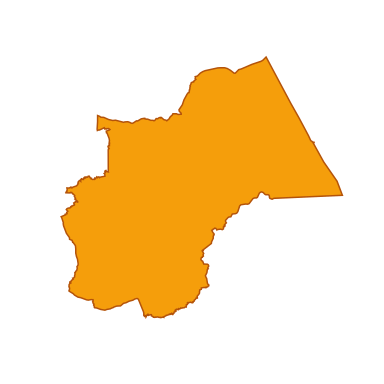 Khuan Khanun, Phatthalung, Thailand (Albers equal-area conic projection), rotated 345°
{"feature_id": "78962969B61181446150659", "entity_name": "Khuan Khanun", "entity_type": "district", "adm_level": 2, "iso_a3": "THA", "parent_name": "Thailand", "parent_adm1": "Phatthalung", "projection": "albers", "projection_center": [100.01, 7.757], "detail": "fine", "context": "isolated", "style": "filled", "palette": "amber", "viewbox_px": 384, "rotation_deg": 345, "n_neighbors": 0, "source": "geoboundaries", "source_scale": "gbopen_adm2", "svg_char_len": 5957}
<svg xmlns="http://www.w3.org/2000/svg" viewBox="0 0 384 384"><g transform="rotate(345 192 192)"><path d="M120.6,93.7L118.9,99.9L116.6,106.8L116.5,108.1L117.4,107.9L118.8,108.2L123.9,107.2L124.1,108.6L125.2,108.5L125.4,109.0L126.2,108.8L127.9,109.1L128.9,110.4L128.1,110.8L124.9,111.0L124.7,112.7L125.2,113.0L125.8,118.9L125.6,120.9L124.9,122.6L125.1,123.3L124.6,123.4L124.4,123.9L124.6,124.4L124.2,124.8L124.4,125.2L124.2,125.9L123.4,125.7L122.7,126.1L122.7,127.7L123.2,128.3L122.5,128.8L122.3,129.4L122.0,129.5L116.5,150.3L116.1,150.4L116.2,150.9L114.2,149.9L114.5,149.0L113.9,148.9L113.2,149.4L113.3,150.7L111.9,151.4L112.4,152.1L112.0,154.2L107.4,153.9L106.3,154.2L106.0,153.3L104.8,153.2L104.4,153.6L103.9,152.7L102.8,153.7L102.4,153.8L101.7,153.4L101.6,153.8L101.9,154.3L101.1,154.6L100.8,154.2L99.5,154.3L97.9,153.1L98.3,152.6L97.3,151.9L96.9,150.2L95.8,149.9L95.0,150.7L93.8,150.1L93.4,150.5L92.6,149.8L91.6,150.1L92.0,150.9L90.6,151.0L90.4,151.8L89.0,151.3L88.9,150.6L88.6,150.6L88.4,151.0L87.8,151.2L87.3,152.8L86.9,152.0L86.3,151.7L84.6,152.9L84.6,153.9L84.1,153.9L83.7,155.1L82.0,156.2L78.0,156.5L77.1,157.0L76.3,156.6L76.3,155.9L74.4,156.4L72.2,155.7L72.0,157.8L70.8,159.1L71.8,159.0L70.6,159.7L70.2,160.2L73.5,161.2L74.6,161.0L74.7,161.4L75.7,161.3L76.2,162.9L76.6,162.9L77.8,165.1L77.2,165.8L77.9,167.9L77.0,168.5L78.5,170.5L79.1,172.0L78.7,172.1L78.5,171.7L76.8,171.0L76.5,171.7L74.9,172.0L75.2,173.9L74.6,174.0L74.5,174.3L73.7,174.2L73.1,174.5L72.2,174.4L72.0,174.9L71.2,175.2L71.0,174.9L70.0,175.8L68.2,175.5L66.8,175.8L66.0,176.5L67.1,178.4L65.6,179.4L65.7,180.6L63.8,180.7L63.9,181.3L59.2,182.0L59.5,183.1L59.8,188.5L59.4,189.2L59.2,191.4L60.0,199.4L61.8,204.3L61.5,206.0L63.7,207.7L63.7,209.6L64.0,209.6L65.5,213.7L65.0,216.8L63.9,220.9L63.7,224.4L64.0,227.1L63.5,231.6L63.0,233.1L61.5,234.4L61.5,235.8L60.3,238.0L59.1,238.5L58.6,239.4L58.0,239.5L57.7,241.2L56.8,242.7L56.7,243.6L55.2,244.5L54.5,244.4L54.7,245.4L52.5,246.3L51.8,247.4L50.8,247.2L50.6,247.4L50.6,247.8L51.2,248.0L51.3,248.6L50.3,248.7L49.3,249.7L48.6,251.8L48.9,252.2L48.7,253.9L47.6,255.6L47.7,256.1L48.1,256.2L48.3,256.7L50.9,259.4L51.8,261.1L54.6,264.0L57.2,265.3L62.3,268.9L63.9,269.6L66.6,269.8L68.5,270.4L68.3,271.5L67.8,271.9L68.0,272.2L67.6,273.4L68.3,275.0L67.7,275.7L68.0,277.0L67.8,278.3L68.0,278.6L69.8,279.3L73.4,281.8L77.3,283.6L79.4,283.4L82.9,283.7L83.9,283.4L86.2,283.2L86.9,282.9L89.7,282.7L93.5,283.5L97.1,281.8L99.6,281.9L103.0,281.2L106.9,281.2L109.0,280.6L111.1,280.6L111.9,280.9L112.5,282.0L114.1,294.9L114.1,296.4L113.5,298.7L113.9,299.7L114.6,299.1L115.4,299.6L115.1,300.1L115.1,300.9L116.4,299.5L117.1,299.6L117.0,298.9L117.3,298.7L117.7,299.3L118.1,299.1L118.2,299.9L119.9,299.7L121.0,300.0L120.7,301.1L122.1,302.2L122.2,302.9L123.7,303.5L124.1,303.3L124.7,303.6L126.5,303.8L127.9,304.7L129.1,304.9L129.3,305.3L131.5,305.3L132.3,305.8L132.4,305.2L134.8,304.8L135.2,304.4L135.6,304.6L138.1,304.5L138.2,304.2L139.2,304.1L139.3,304.6L140.4,304.6L140.5,304.1L141.0,303.9L141.4,305.3L141.8,305.4L142.0,305.2L141.8,304.6L143.2,304.4L143.6,303.4L144.7,303.3L144.9,302.7L145.5,302.8L145.2,301.8L146.5,301.2L146.8,301.8L147.8,301.6L148.4,302.2L148.7,302.1L148.6,301.3L148.8,301.1L150.1,301.7L150.7,301.6L151.1,301.1L152.2,301.6L152.7,301.4L154.4,301.8L156.0,301.3L156.7,301.6L157.4,299.4L158.4,299.5L158.8,299.0L158.9,298.1L159.5,298.3L159.6,297.8L160.3,298.1L162.0,298.0L162.7,298.7L163.3,298.6L163.6,299.1L164.2,299.1L164.5,298.9L164.4,298.3L166.0,297.9L166.3,297.0L167.5,296.6L168.6,295.5L169.4,295.9L169.8,295.8L170.0,294.0L172.1,292.6L173.2,291.4L173.3,290.3L173.7,289.9L174.1,288.6L175.8,288.4L176.2,287.1L178.7,287.3L180.8,288.1L181.1,287.9L180.9,287.6L182.6,287.7L183.2,287.1L183.9,287.0L184.2,286.2L183.5,285.2L183.3,284.0L183.8,279.1L183.5,278.5L183.3,276.3L185.5,273.8L186.7,270.9L187.8,270.3L187.5,269.6L187.7,269.2L189.0,267.9L188.9,266.6L188.3,265.8L184.7,264.6L184.4,261.6L183.5,260.7L183.1,259.4L184.1,257.7L185.1,257.8L185.5,257.1L186.4,256.9L186.5,255.3L187.4,254.4L186.7,252.0L187.5,251.6L187.0,251.1L197.4,246.7L198.0,245.2L200.6,242.1L200.9,240.6L201.6,239.7L201.6,239.2L202.3,239.0L202.4,237.8L201.7,236.6L201.2,234.1L202.5,233.8L202.9,233.3L203.8,233.3L204.5,232.8L205.6,233.3L206.2,235.1L206.6,234.8L210.1,235.3L211.5,236.2L212.8,235.8L213.4,233.7L213.7,233.5L214.4,233.9L214.9,233.6L215.2,232.8L214.7,232.5L214.8,232.1L217.2,230.7L216.8,229.5L216.9,228.4L217.3,227.9L220.2,226.0L221.2,225.7L223.1,226.0L225.2,223.7L228.6,224.2L229.9,223.9L231.2,222.8L234.5,217.7L235.9,217.0L240.7,217.5L242.7,218.2L244.2,218.0L249.1,214.2L250.6,213.9L252.8,214.4L253.8,214.1L256.7,210.6L257.9,210.0L259.2,209.9L260.7,211.0L261.7,212.9L262.5,213.7L264.8,214.3L265.4,214.8L265.7,215.6L265.4,217.1L265.6,218.3L267.5,219.7L269.5,219.3L336.4,234.1L334.9,219.1L327.0,197.1L321.8,176.2L322.7,175.9L322.8,175.6L321.2,174.8L321.2,174.4L320.0,173.1L319.1,167.8L314.5,148.0L310.4,132.1L298.5,80.8L294.7,83.0L292.8,83.6L283.0,84.2L271.4,85.9L268.8,85.9L264.6,88.4L263.4,88.1L260.6,84.4L258.1,81.9L255.8,80.5L251.8,79.4L248.9,78.8L236.1,78.2L233.6,78.5L230.8,79.3L227.2,81.4L225.0,81.4L225.1,81.9L224.4,83.2L224.9,84.2L222.7,85.2L222.1,86.1L221.6,85.9L219.6,86.2L218.5,88.0L217.7,88.6L217.7,89.6L217.2,90.0L216.9,91.2L216.3,92.4L215.7,92.9L215.8,93.4L214.9,95.2L214.2,95.0L212.6,96.2L208.2,100.8L205.2,105.3L200.7,109.2L200.6,110.7L201.9,113.1L201.7,114.1L198.6,113.5L197.2,112.4L193.8,111.5L192.8,112.6L190.7,113.6L189.5,114.6L189.2,115.2L186.1,116.7L185.5,115.9L183.6,114.9L181.7,112.1L180.9,112.3L180.8,111.8L180.4,111.7L178.7,111.9L177.9,112.4L176.4,111.8L174.5,113.3L173.6,113.3L173.0,112.7L170.7,112.1L168.4,110.4L167.4,109.9L167.1,110.0L165.7,109.3L165.5,108.6L164.9,108.8L164.4,108.4L161.9,108.2L157.9,109.3L156.7,108.9L153.2,110.1L152.0,110.2L150.7,109.5L150.0,108.7L148.2,107.5L145.1,106.9L144.0,107.0L136.8,102.9L133.9,102.4L130.2,100.4L126.1,97.1L123.1,96.1L122.5,95.1L120.6,93.7Z" fill="#f59e0b" stroke="#b45309" stroke-width="1.5"/></g></svg>